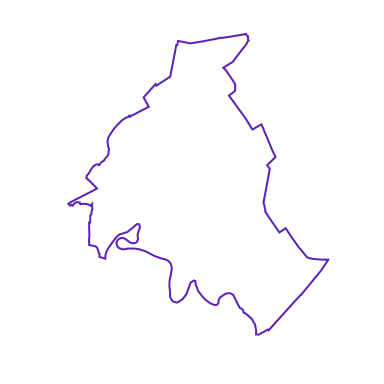 outline of Dridu, Ialomita, Romania, rotated 171°
{"feature_id": "2599482B72260409838364", "entity_name": "Dridu", "entity_type": "district", "adm_level": 2, "iso_a3": "ROU", "parent_name": "Romania", "parent_adm1": "Ialomita", "projection": "albers", "projection_center": [26.481, 44.685], "detail": "fine", "context": "isolated", "style": "outline", "palette": "violet", "viewbox_px": 384, "rotation_deg": 171, "n_neighbors": 0, "source": "geoboundaries", "source_scale": "gbopen_adm2", "svg_char_len": 5817}
<svg xmlns="http://www.w3.org/2000/svg" viewBox="0 0 384 384"><g transform="rotate(171 192 192)"><path d="M273.4,237.6L273.5,237.5L273.6,237.2L273.9,236.9L274.3,236.7L274.8,236.5L275.4,236.2L276.1,235.9L277.0,235.5L278.1,234.5L278.7,233.8L279.4,233.1L279.5,233.0L279.8,233.0L280.0,233.2L280.1,233.3L280.2,233.5L280.3,233.7L280.5,233.9L280.7,234.1L281.1,234.2L281.4,234.2L281.7,234.2L282.1,234.1L282.3,234.1L282.6,234.0L283.0,233.9L283.6,233.7L283.9,233.5L284.3,233.3L284.7,233.1L285.1,232.9L285.7,232.5L285.9,232.3L286.6,231.7L286.9,231.4L287.4,230.9L287.6,230.7L288.0,230.3L288.1,230.1L288.4,229.8L288.7,229.5L289.4,228.6L289.6,228.3L289.7,228.2L289.9,227.8L290.2,227.5L290.4,227.2L290.7,226.9L290.9,226.7L291.5,226.1L291.9,225.8L292.5,225.3L293.3,224.7L293.5,224.3L293.6,224.2L293.7,223.9L293.7,223.6L293.8,223.4L293.8,222.8L294.2,222.4L293.0,220.8L292.6,220.3L292.4,220.3L291.2,218.6L289.8,216.7L288.7,215.2L286.2,211.6L285.3,210.3L287.6,209.5L290.4,208.5L293.5,207.5L295.1,207.0L296.4,206.6L298.2,205.9L299.7,205.5L300.7,205.2L302.7,204.5L305.3,203.7L308.5,202.6L310.0,202.1L311.7,201.5L313.8,200.7L314.0,200.7L316.0,199.6L314.9,198.0L314.6,197.7L314.3,197.6L314.0,197.6L313.6,197.7L313.3,198.0L313.1,198.1L312.9,198.2L312.5,197.7L312.2,197.3L312.0,197.2L311.8,197.2L311.6,197.3L311.2,197.6L311.0,198.0L309.5,199.4L309.0,199.6L308.4,199.8L308.0,199.9L307.5,199.9L307.0,199.9L306.5,199.8L306.3,199.8L305.9,199.6L305.6,199.4L305.4,199.3L305.1,199.1L304.9,199.0L304.6,199.2L304.4,199.1L304.3,198.9L304.3,197.9L304.2,197.5L304.0,197.4L301.5,197.4L298.6,196.8L297.8,196.5L297.1,196.2L296.2,195.8L294.9,194.8L293.7,194.0L293.1,195.4L292.5,195.9L292.8,194.1L292.9,193.6L292.9,192.6L293.0,191.2L294.5,187.7L295.0,185.6L296.1,184.8L296.2,184.6L297.3,177.8L298.4,178.0L298.6,176.3L299.0,174.1L299.3,171.9L299.4,170.9L299.5,169.9L299.6,169.2L299.7,168.5L299.8,168.0L299.9,167.3L300.3,164.1L300.8,162.5L301.3,160.3L301.6,157.2L301.8,156.0L301.9,155.8L301.8,155.7L301.6,155.5L300.3,155.2L299.8,155.1L299.3,154.9L298.6,154.6L297.8,154.2L297.3,154.0L296.8,153.8L296.2,153.6L295.8,153.3L295.6,153.2L295.2,152.8L295.1,152.7L294.8,152.4L294.5,151.9L294.4,151.6L293.7,148.4L293.7,147.9L293.7,146.7L293.6,146.2L293.4,145.8L293.3,145.6L293.0,145.5L293.6,142.4L293.0,142.1L288.1,139.7L287.2,143.6L285.9,146.3L283.6,149.5L282.1,151.0L277.9,155.3L274.5,158.6L273.1,159.8L270.5,161.4L268.8,161.6L266.5,161.9L264.4,162.3L262.0,162.6L260.4,163.5L258.8,164.6L257.1,165.3L255.8,166.2L255.0,166.6L252.8,168.2L251.0,168.9L250.2,168.7L249.4,168.5L249.1,167.5L248.9,165.6L249.2,164.6L249.6,163.7L250.2,163.1L250.7,162.3L252.5,158.0L252.6,156.7L252.5,155.0L252.7,154.1L253.2,152.9L253.9,151.7L254.5,151.1L255.4,150.7L257.9,150.5L259.4,150.8L260.3,151.3L261.6,152.3L262.9,153.6L263.8,154.7L265.3,156.2L265.9,156.6L267.8,157.6L269.1,157.6L270.6,157.4L271.6,157.0L272.9,156.2L273.9,154.9L274.5,153.6L274.6,152.3L274.4,150.7L273.9,149.6L273.7,149.1L273.1,148.3L271.8,147.4L270.0,146.5L268.4,146.0L267.4,146.0L264.1,146.2L256.8,144.9L253.5,143.8L248.2,141.3L246.2,140.0L243.6,138.1L239.4,134.9L232.9,131.3L228.6,129.5L226.6,128.0L225.5,126.9L224.2,124.4L223.9,122.1L223.9,120.1L224.3,118.4L225.6,114.1L227.5,109.5L228.0,107.7L229.0,103.2L229.4,96.1L230.0,92.9L230.0,91.9L229.8,91.2L229.4,90.3L229.3,89.7L229.1,89.0L228.8,88.1L228.2,87.2L227.2,86.6L226.8,86.3L224.3,85.1L222.0,85.8L218.2,87.5L213.5,92.0L207.4,102.9L203.8,104.3L202.6,103.6L202.7,101.6L202.9,99.4L202.1,97.3L201.4,93.2L198.7,88.3L196.3,84.3L191.8,79.6L187.3,76.7L184.9,76.7L183.2,78.3L182.7,80.7L181.0,83.3L174.6,86.4L170.4,86.2L167.4,84.0L164.3,74.0L162.9,70.0L160.6,68.4L160.0,66.8L160.1,65.7L159.9,64.9L157.8,63.4L152.8,57.2L150.5,51.3L150.3,45.4L151.0,41.3L148.5,40.6L147.8,40.9L144.5,42.1L138.6,44.3L137.9,43.4L130.0,49.9L129.9,50.0L120.6,57.5L117.7,59.8L108.1,67.6L100.6,73.5L100.3,73.4L89.5,83.0L89.4,83.0L84.9,87.1L77.9,93.2L75.1,96.1L68.1,103.7L68.0,103.9L71.0,104.3L72.7,104.5L73.4,104.7L78.1,105.8L81.9,106.7L83.8,107.2L84.2,107.4L85.5,108.0L88.7,109.6L88.7,109.8L89.4,111.0L90.1,112.2L90.7,113.2L91.8,115.2L92.8,116.8L93.7,118.3L94.6,119.8L95.6,121.4L96.5,123.4L98.2,126.9L99.7,129.7L105.2,141.6L108.9,139.8L112.0,138.4L116.3,147.4L116.4,147.6L116.5,147.6L120.5,156.1L120.7,156.5L120.8,157.0L120.9,157.3L121.2,157.9L121.8,159.3L122.3,160.2L122.7,161.1L122.8,161.3L122.6,162.0L122.3,162.7L122.3,163.1L122.5,164.2L122.6,164.8L122.6,166.2L122.6,166.8L122.6,167.5L122.8,168.5L123.0,169.4L123.2,169.9L111.5,202.7L113.7,206.7L104.1,213.4L104.1,214.0L104.6,215.5L105.3,217.6L105.6,218.6L106.4,221.6L107.0,224.1L107.5,226.2L109.4,234.3L109.9,236.0L110.0,236.5L110.1,237.1L110.8,239.3L111.2,241.3L111.7,243.7L112.1,245.1L112.7,247.9L113.3,247.8L116.9,246.4L122.6,244.3L124.8,249.6L126.3,253.2L127.1,255.2L127.8,256.7L129.0,259.2L129.3,259.7L133.0,266.9L133.9,268.7L135.1,271.1L136.7,274.3L137.3,275.3L138.8,278.3L139.8,280.2L140.4,281.5L134.1,284.8L133.8,285.1L133.6,285.3L132.5,291.3L133.2,293.3L134.2,295.7L134.8,297.1L135.3,298.1L136.9,301.6L139.1,306.0L139.9,307.7L140.6,308.6L141.7,309.8L136.6,312.0L131.9,313.9L131.2,314.3L128.5,317.0L120.4,324.7L115.0,329.7L114.5,330.5L113.5,332.0L113.2,332.2L112.5,332.5L112.3,332.7L112.3,332.9L112.6,333.7L112.8,334.2L112.5,336.4L112.4,336.9L112.5,337.2L113.0,337.9L113.5,338.4L114.0,338.9L114.0,339.6L130.8,339.4L139.6,339.6L139.9,340.0L140.9,339.9L141.8,339.6L143.2,339.6L157.6,339.1L170.2,339.0L182.1,343.4L183.6,339.4L184.5,339.6L189.8,325.0L195.5,309.3L210.6,302.6L211.1,304.3L225.0,293.0L221.4,282.9L229.6,280.2L239.6,276.8L240.7,276.9L241.9,277.1L241.7,276.1L242.8,276.3L246.2,275.5L249.7,273.9L255.6,269.7L259.3,266.5L263.9,261.6L265.8,259.3L266.9,257.2L267.6,254.8L267.7,249.5L267.2,247.8L267.3,246.8L267.9,246.1L268.3,243.1L269.7,240.9L270.8,240.0L272.1,239.1L273.4,237.6Z" fill="none" stroke="#5b21b6" stroke-width="2"/></g></svg>